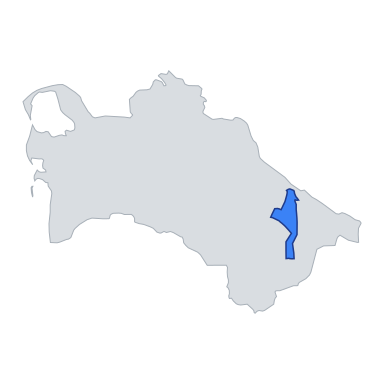 Sayat, Chardzhou, Turkmenistan shown in context
{"feature_id": "10190150B84447090793547", "entity_name": "Sayat", "entity_type": "district", "adm_level": 2, "iso_a3": "TKM", "parent_name": "Turkmenistan", "parent_adm1": "Chardzhou", "projection": "equal_earth", "projection_center": [63.688, 37.927], "detail": "fine", "context": "in_parent", "style": "filled", "palette": "blue", "viewbox_px": 384, "rotation_deg": 0, "n_neighbors": 0, "source": "geoboundaries", "source_scale": "gbopen_adm2", "svg_char_len": 4339}
<svg xmlns="http://www.w3.org/2000/svg" viewBox="0 0 384 384"><path d="M105.3,116.0L124.3,117.1L130.1,117.9L132.6,115.2L132.5,114.5L131.6,113.9L130.3,112.0L129.4,99.4L131.2,97.6L133.1,96.3L136.0,92.3L137.5,91.1L139.7,90.1L146.9,89.8L150.0,89.0L152.7,84.5L153.3,81.9L155.3,79.8L156.4,79.8L161.3,81.6L162.3,82.6L163.9,85.8L165.7,85.6L166.0,85.1L165.8,84.4L164.5,82.3L161.5,78.6L158.6,76.2L158.4,75.5L161.0,73.6L166.1,74.4L167.4,73.8L168.8,70.8L175.5,77.5L176.7,78.2L182.1,79.1L183.0,80.0L184.8,83.9L186.6,84.9L188.9,85.6L198.5,85.8L201.5,88.3L202.0,89.0L201.3,90.8L201.1,94.3L200.3,95.7L200.8,96.3L204.2,97.8L206.2,100.1L206.4,101.0L205.8,101.7L204.2,101.4L203.4,102.4L203.3,104.2L204.5,106.0L204.8,107.5L203.0,111.2L203.0,112.8L203.5,113.6L212.1,119.2L213.5,119.4L222.0,118.3L223.5,119.0L230.9,120.2L233.0,120.0L234.4,118.2L235.7,117.5L237.0,117.5L240.5,118.6L244.2,121.0L246.6,123.2L247.8,125.2L251.1,136.1L253.3,140.5L256.0,142.8L257.8,147.1L259.3,156.4L260.3,158.4L264.3,162.1L284.9,177.3L291.1,184.2L300.8,190.8L304.4,190.1L311.9,197.1L316.8,199.8L323.0,204.0L336.1,213.7L338.9,214.1L342.0,212.7L344.8,213.5L349.8,216.0L355.1,219.7L359.6,221.0L360.9,222.6L361.0,223.5L358.5,228.2L358.2,234.2L358.6,242.3L357.4,242.4L348.4,240.2L340.0,235.2L338.0,236.8L337.0,238.5L335.0,245.5L323.6,245.9L316.9,249.3L310.9,272.1L309.5,275.0L305.8,278.7L299.3,282.4L298.2,283.9L298.0,285.2L297.2,285.7L293.6,285.7L279.8,290.7L276.8,290.7L275.5,291.1L275.0,292.0L276.5,296.6L275.3,297.9L274.4,300.2L273.7,304.2L264.6,310.4L262.6,311.1L259.0,310.5L257.1,311.2L255.1,313.2L254.2,312.6L253.8,310.6L252.8,309.3L247.2,304.2L240.7,305.0L238.2,304.6L236.3,303.8L233.3,300.9L231.5,298.2L229.4,298.5L228.9,297.2L228.8,295.7L229.4,293.8L229.3,290.4L228.1,287.9L226.8,286.8L228.4,282.8L228.4,279.9L227.5,276.6L227.2,272.0L227.5,267.4L226.3,265.2L207.2,265.3L200.5,254.8L197.7,252.2L188.3,247.8L185.8,245.4L183.7,242.8L183.2,239.2L182.2,237.1L180.7,236.8L173.4,232.6L170.4,231.5L166.4,232.5L164.0,231.4L161.1,233.0L159.9,233.1L156.9,232.1L153.3,228.3L150.2,226.8L143.6,224.4L139.1,223.6L135.0,222.2L134.6,221.7L134.6,218.5L134.0,217.1L132.9,215.6L131.3,214.4L124.4,214.5L121.2,213.3L118.6,213.1L113.1,213.3L111.2,214.2L110.2,215.2L109.4,218.3L108.8,218.7L103.4,218.8L91.9,218.1L87.1,219.7L79.4,224.5L75.0,228.5L73.7,230.2L70.9,237.4L69.7,238.4L68.2,239.2L66.7,239.4L59.8,242.1L57.1,242.8L50.4,242.5L49.2,232.0L49.0,223.6L50.2,212.2L50.2,204.8L51.8,193.7L51.5,191.0L48.2,186.1L47.9,182.7L45.8,182.5L42.5,179.6L39.2,178.5L37.6,178.4L36.0,179.3L34.8,180.9L34.1,178.3L34.3,175.6L37.2,170.0L38.8,171.6L40.8,172.3L46.0,171.9L45.6,170.0L43.0,168.1L42.6,165.6L42.9,162.9L43.7,160.5L43.0,159.5L41.8,158.8L39.0,158.9L31.8,158.0L30.8,160.9L32.7,164.7L29.6,160.4L27.5,155.9L26.4,150.7L26.4,145.0L29.7,136.0L32.5,124.9L35.0,129.6L37.0,131.6L41.4,132.9L43.6,132.6L46.0,131.4L48.2,131.8L51.5,136.6L54.1,137.1L59.4,135.3L61.9,134.9L64.0,135.7L66.3,135.7L65.4,133.5L65.1,131.3L66.5,130.2L70.5,131.4L73.9,130.1L74.5,129.5L74.9,127.6L74.6,123.9L73.9,122.3L72.1,120.1L65.0,114.7L62.7,112.6L60.7,109.9L57.9,99.0L55.7,92.1L54.7,91.3L50.5,90.7L42.3,92.4L39.5,92.0L38.1,92.7L34.7,95.7L33.0,98.2L30.6,103.9L32.1,105.7L30.3,115.4L30.8,119.5L30.5,119.8L28.4,114.7L25.4,109.6L23.0,101.7L28.2,96.6L32.5,93.0L37.0,90.3L41.7,88.5L52.2,85.7L58.0,84.7L62.6,84.5L66.1,86.2L75.4,92.5L79.4,96.0L80.6,97.4L81.6,100.8L88.2,111.8L89.8,113.3L92.4,116.8L95.0,117.9L105.3,116.0ZM32.9,195.6L32.6,197.1L31.5,192.6L31.1,187.7L32.0,186.3L32.9,186.3L32.0,188.1L32.9,195.6Z" fill="#d9dde1" stroke="#a8b0b8" stroke-width="1"/><path d="M297.2,198.2L295.9,196.7L294.5,193.3L294.3,191.7L293.8,190.5L289.9,188.9L290.0,188.9L288.3,189.3L286.5,190.4L287.2,191.4L287.2,191.9L287.2,192.5L287.0,194.0L286.5,196.1L285.0,201.5L281.1,209.7L280.6,209.5L279.6,209.0L277.6,208.5L274.7,208.7L271.9,214.5L270.7,217.3L272.4,217.6L274.3,218.5L278.2,220.4L278.9,220.7L280.5,222.2L281.6,223.0L284.4,225.5L285.5,226.6L288.4,229.8L291.3,233.2L291.4,233.3L286.0,241.8L286.0,251.3L286.1,258.6L289.0,258.3L289.6,258.6L291.8,258.8L294.1,258.7L293.8,253.0L292.5,243.5L293.9,240.8L297.0,234.6L297.1,222.3L296.9,217.8L296.7,215.4L296.6,214.0L296.2,209.6L296.2,204.4L295.4,202.4L294.8,200.7L295.1,199.8L296.4,200.2L296.6,200.2L298.0,200.2L298.3,200.0L298.5,200.0L298.3,199.7L297.2,198.2Z" fill="#3b82f6" stroke="#1e3a8a" stroke-width="1.5"/></svg>